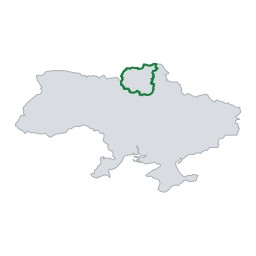 where Chernihiv sits in Ukraine
{"feature_id": "UKR-285", "entity_name": "Chernihiv", "entity_type": "Region", "adm_level": 1, "iso_a3": "UKR", "parent_name": "Ukraine", "parent_adm1": "", "projection": "equal_earth", "projection_center": [32.067, 51.356], "detail": "fine", "context": "in_parent", "style": "outline", "palette": "green", "viewbox_px": 256, "rotation_deg": 0, "n_neighbors": 0, "source": "natural_earth", "source_scale": "10m", "svg_char_len": 7971}
<svg xmlns="http://www.w3.org/2000/svg" viewBox="0 0 256 256"><path d="M178.1,170.3L181.2,174.5L183.8,176.7L185.1,176.7L188.6,175.2L190.9,175.7L192.9,174.4L198.1,175.4L196.6,178.1L195.9,180.8L189.2,181.8L186.7,180.2L184.0,180.3L182.6,182.3L180.0,183.7L179.2,185.2L174.4,185.2L171.2,186.6L168.8,189.7L166.1,191.6L164.0,192.2L160.7,191.4L158.1,189.4L160.1,183.5L159.3,180.3L157.2,178.8L154.6,178.7L151.1,176.1L147.2,176.5L145.8,175.2L154.0,169.5L155.7,169.2L160.6,166.2L159.7,163.7L157.6,164.4L154.7,162.4L145.4,163.9L139.8,161.0L137.2,160.7L136.5,159.9L139.2,159.3L139.4,158.2L135.7,157.5L133.6,156.2L143.9,157.5L146.7,155.2L143.8,156.0L140.9,155.5L139.9,154.7L138.6,152.4L138.5,149.1L137.3,146.3L136.3,145.4L138.2,150.1L137.7,154.6L133.4,154.3L133.8,152.5L131.7,154.9L128.3,155.0L124.0,156.2L122.2,160.9L116.5,167.5L111.4,169.7L109.6,169.4L108.9,169.9L108.5,171.9L109.4,172.9L110.1,176.2L109.8,177.6L108.0,175.7L105.9,174.9L103.6,175.2L99.4,177.1L97.9,176.8L98.0,177.7L97.6,178.0L93.7,177.1L92.0,176.1L90.7,174.4L91.9,173.6L94.4,173.3L94.3,170.8L97.4,167.8L97.6,166.3L100.3,164.5L101.1,162.4L100.1,159.3L100.5,157.7L103.5,156.7L103.6,159.0L104.3,158.8L105.0,157.6L108.9,158.7L110.1,157.9L111.7,159.5L114.8,159.1L115.5,158.3L112.9,156.4L113.1,153.4L112.3,151.7L108.5,149.4L107.7,146.8L108.1,144.4L106.2,143.5L103.1,140.9L104.1,136.2L103.9,134.5L103.1,133.2L100.5,133.4L98.7,130.7L95.7,130.2L94.8,131.1L94.3,130.2L93.3,130.3L93.4,129.1L92.7,128.7L90.1,128.4L89.5,127.4L86.8,125.9L83.4,124.9L81.6,125.9L80.8,125.6L79.4,126.6L74.6,126.3L71.7,128.4L67.7,129.3L67.3,130.8L65.8,132.7L56.9,134.0L53.1,135.5L51.9,136.7L49.6,137.2L45.8,133.7L44.6,133.4L40.7,134.1L34.3,132.7L31.0,132.7L27.7,131.2L26.6,132.5L24.3,133.4L24.1,132.1L23.1,130.8L20.8,130.4L20.1,129.3L18.0,128.5L16.9,126.0L15.4,126.0L15.7,123.4L17.7,121.5L21.1,115.3L24.8,115.9L25.0,115.2L23.3,113.8L23.7,111.8L22.9,107.9L23.7,106.9L28.1,102.2L36.9,94.7L40.1,94.2L41.7,92.3L41.8,90.9L40.5,88.3L42.1,87.4L42.0,86.9L40.7,85.9L39.4,83.0L37.1,80.1L37.3,78.8L36.5,76.9L36.6,75.5L38.9,75.1L40.8,75.9L43.0,74.6L46.1,71.5L54.7,70.5L65.2,70.8L75.5,73.0L80.0,73.3L81.8,75.7L85.5,75.6L86.6,76.1L86.7,77.5L88.7,75.7L90.5,76.2L92.6,75.5L97.7,76.5L98.3,77.8L99.3,78.2L100.8,76.6L103.9,75.2L106.8,79.0L109.4,78.2L116.8,77.5L118.6,78.7L118.9,79.9L121.5,80.8L122.6,79.4L121.4,75.7L122.0,74.3L124.2,71.1L126.9,68.7L134.2,67.8L140.8,68.7L142.8,67.7L143.8,65.3L144.7,64.7L149.2,65.6L153.3,64.2L160.5,64.2L162.7,65.6L165.1,69.8L168.7,72.8L168.4,73.8L165.3,74.4L165.2,74.9L166.3,76.3L166.7,79.3L167.3,79.6L166.5,81.0L169.9,81.2L172.7,82.3L177.0,81.8L178.2,84.0L180.1,84.3L180.1,85.7L181.8,89.2L181.2,91.0L181.5,92.1L183.7,94.8L184.8,95.2L187.4,93.7L190.2,94.2L192.6,96.2L195.0,96.2L196.5,97.3L198.2,96.0L206.4,94.1L208.4,96.0L208.7,97.2L210.0,98.9L214.4,101.9L215.6,101.6L215.9,100.2L216.9,99.8L219.4,101.2L221.8,101.4L225.3,103.4L228.4,102.9L230.1,104.7L232.1,104.9L236.2,107.4L239.9,107.3L239.7,109.6L240.6,110.6L240.5,112.5L237.9,115.5L235.4,116.4L236.3,117.9L239.3,118.9L239.5,119.4L236.9,119.6L235.9,120.7L235.2,123.1L237.7,123.8L238.5,126.8L238.0,127.7L239.4,128.2L236.9,135.1L225.4,135.2L223.2,138.0L219.8,138.9L218.8,139.7L217.9,143.6L218.9,144.3L218.0,146.0L218.2,147.4L209.7,147.6L207.2,150.2L203.5,150.9L200.3,153.5L199.0,152.7L197.3,152.7L193.8,154.5L190.6,154.3L188.1,155.0L182.7,159.0L180.3,162.5L177.8,163.6L181.2,160.7L181.3,159.2L180.5,158.0L178.4,160.9L175.7,162.2L175.9,165.5L178.1,170.3ZM141.2,162.7L133.7,161.0L133.0,159.1L134.7,160.8L141.2,162.7Z" fill="#d9dde1" stroke="#a8b0b8" stroke-width="1"/><path d="M133.0,67.6L135.1,68.0L137.2,67.9L137.6,67.9L137.9,68.1L138.0,68.4L138.0,68.7L138.0,68.9L138.3,69.0L138.5,69.0L139.1,68.7L139.6,68.7L140.3,68.8L140.5,68.8L142.2,68.2L142.7,67.9L143.1,67.3L143.2,66.4L143.3,66.1L143.8,65.8L143.8,65.7L143.5,65.2L143.7,64.5L144.1,64.4L145.2,64.7L145.8,64.6L148.2,65.6L148.6,65.6L149.3,65.4L149.6,65.4L149.8,65.5L150.2,65.7L150.4,65.8L150.6,65.7L151.9,64.8L152.1,64.7L152.4,64.8L152.5,64.8L152.6,64.7L153.1,64.4L153.5,63.9L153.9,63.8L155.1,64.0L155.9,64.0L156.1,64.0L156.4,64.2L156.3,64.5L156.2,64.9L156.0,65.1L155.9,65.6L155.8,65.8L155.5,66.1L155.4,66.2L155.5,67.1L156.1,67.3L156.4,67.5L156.7,67.8L156.8,67.9L157.0,68.1L157.4,68.2L157.5,68.3L157.4,68.4L157.4,68.6L157.0,68.8L156.7,68.8L156.4,68.8L156.3,68.6L156.2,68.6L156.1,69.3L156.0,69.5L155.9,69.6L156.1,69.9L156.2,70.1L156.0,70.3L155.3,70.5L155.1,70.5L154.9,70.6L154.3,70.9L153.8,70.9L153.5,70.9L153.6,71.1L153.3,71.3L153.0,71.8L152.8,71.9L152.7,72.0L152.4,72.3L152.3,72.6L152.4,73.0L152.6,73.4L152.7,73.6L152.8,73.7L153.5,74.2L153.4,74.4L153.3,74.6L153.2,74.7L153.3,74.9L153.5,75.0L153.6,75.7L153.6,75.8L153.8,75.9L153.8,76.0L153.5,76.1L153.4,76.3L153.5,76.5L153.8,76.8L153.6,77.2L153.1,77.0L153.2,77.4L153.2,77.5L152.9,77.7L152.9,77.9L153.0,78.1L153.2,78.4L153.1,78.6L153.1,79.0L152.9,79.2L152.6,79.2L152.4,79.2L152.2,79.1L152.0,78.8L151.9,78.8L151.6,79.0L151.9,79.6L152.2,79.6L152.3,79.7L152.3,79.9L152.2,80.2L152.3,80.2L152.5,80.5L152.4,80.7L152.4,80.8L152.5,80.9L152.5,81.1L152.4,81.2L152.0,81.3L152.0,81.5L152.0,81.9L151.9,81.9L151.2,82.1L151.2,82.3L151.2,82.5L151.3,82.8L151.2,82.9L150.9,83.3L151.0,83.5L151.4,83.6L151.9,83.8L152.0,83.8L152.4,83.7L152.4,83.8L152.2,84.1L152.3,84.3L152.7,84.4L153.3,84.5L153.5,84.5L153.7,84.0L153.8,84.0L154.1,84.1L153.9,84.6L153.6,85.0L153.9,85.4L153.9,85.5L153.9,86.2L153.9,86.4L153.8,86.6L153.6,86.7L153.5,86.8L153.2,87.7L153.2,87.8L153.2,88.1L153.2,88.4L153.4,88.6L153.7,88.8L153.7,89.1L153.4,89.3L153.3,89.5L153.3,89.9L153.2,90.0L152.9,90.2L153.0,90.6L153.0,90.8L152.9,91.2L152.4,92.2L152.0,92.9L151.8,93.1L151.4,93.2L151.2,93.4L151.1,93.6L150.8,93.7L150.5,93.9L150.4,94.0L150.3,94.3L150.1,94.4L149.4,94.5L148.3,95.0L147.9,95.0L147.8,94.9L147.7,94.8L147.1,94.9L145.8,94.9L145.5,94.8L145.4,94.7L145.3,94.3L145.2,94.2L144.8,94.2L144.4,94.4L144.1,94.2L143.7,94.2L142.9,94.5L142.7,94.6L142.5,95.0L142.3,95.1L142.1,95.2L141.8,95.1L141.1,95.1L140.3,94.7L140.2,94.7L140.4,94.4L140.4,94.2L139.9,94.1L139.6,94.0L139.5,93.9L139.4,93.5L139.4,93.4L139.1,93.2L139.3,92.7L139.6,92.8L139.7,92.7L139.8,92.6L139.8,92.4L139.7,92.1L139.1,92.0L138.9,92.0L138.7,91.8L138.2,91.3L137.6,90.9L137.2,90.8L136.9,90.9L136.8,91.0L136.7,91.4L136.7,91.6L136.2,91.9L135.6,91.9L135.4,92.0L135.1,92.2L134.8,92.3L134.7,92.4L134.6,92.5L134.3,92.5L134.1,92.6L133.9,92.6L133.1,92.5L132.7,92.8L131.7,92.6L131.3,92.5L131.0,92.6L130.8,92.5L130.4,92.4L130.2,92.2L130.2,91.8L129.7,91.8L129.3,91.5L129.2,91.4L129.3,91.1L129.5,91.1L129.7,90.8L129.7,90.6L129.6,90.3L129.5,90.1L129.0,89.6L129.0,89.4L128.9,89.3L128.5,89.3L128.4,89.3L128.4,89.2L128.4,88.9L128.2,88.6L127.7,88.7L126.6,88.7L126.4,88.7L126.3,88.9L126.2,88.9L125.4,88.8L125.2,89.0L124.9,89.0L124.7,88.8L124.5,88.7L124.4,88.7L124.0,88.8L123.9,88.8L123.8,88.7L124.0,88.3L124.2,87.9L124.3,87.4L124.2,87.2L123.8,87.0L123.0,86.7L122.8,86.6L122.7,86.5L122.7,86.3L122.8,86.0L122.9,85.6L122.8,85.3L122.7,85.2L122.4,84.9L121.9,84.8L121.6,84.7L121.3,84.8L121.2,84.8L121.0,84.7L121.0,84.2L121.0,83.3L121.3,82.3L121.3,82.1L121.3,81.9L121.1,81.6L121.1,81.4L121.5,81.4L121.6,81.2L121.6,80.8L121.9,80.4L121.9,80.2L122.3,80.0L122.6,79.7L122.6,79.3L122.7,79.2L122.5,78.5L122.4,78.4L122.0,78.3L122.0,78.1L122.0,77.9L122.3,77.8L122.4,77.7L122.2,77.6L122.0,77.3L122.1,77.1L121.7,76.8L121.9,76.7L122.0,76.5L121.8,76.4L121.4,76.3L121.3,76.2L121.5,76.0L121.5,75.9L121.2,75.7L121.5,75.3L121.6,75.1L121.9,74.8L121.8,74.6L121.9,74.3L121.9,74.1L122.0,74.0L122.4,74.0L122.5,74.0L122.6,73.8L122.7,73.5L122.8,73.4L122.8,73.2L122.7,73.2L122.9,72.9L123.1,72.7L123.1,72.4L123.0,72.2L123.5,71.7L123.9,71.4L123.9,71.1L124.0,71.0L124.4,71.0L124.6,71.0L124.8,70.7L124.7,70.4L125.1,70.3L125.4,70.1L125.7,69.9L125.7,69.6L125.9,69.5L126.0,69.5L126.4,69.6L126.5,69.4L126.4,69.1L126.1,69.1L126.2,68.8L126.2,68.5L126.4,68.4L126.7,68.3L128.3,68.2L128.8,68.3L129.1,68.4L129.7,68.8L129.9,68.9L130.2,68.8L130.4,68.5L130.6,68.2L130.9,68.0L131.8,67.7L133.0,67.6Z" fill="none" stroke="#15803d" stroke-width="2"/></svg>